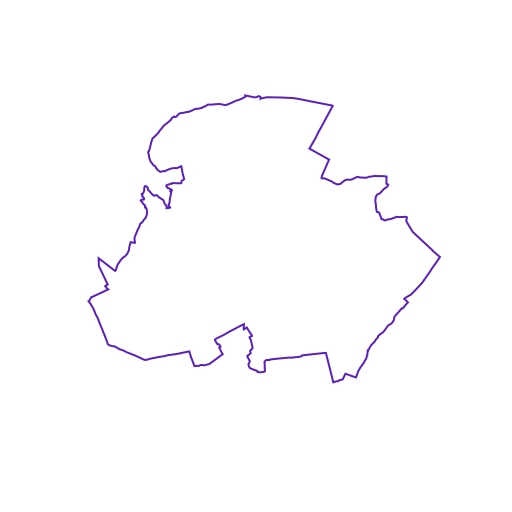 the district of Mihai Bravu, Tulcea, Romania, rotated 41°
{"feature_id": "2599482B59610234858680", "entity_name": "Mihai Bravu", "entity_type": "district", "adm_level": 2, "iso_a3": "ROU", "parent_name": "Romania", "parent_adm1": "Tulcea", "projection": "albers", "projection_center": [28.649, 44.954], "detail": "fine", "context": "isolated", "style": "outline", "palette": "violet", "viewbox_px": 512, "rotation_deg": 41, "n_neighbors": 0, "source": "geoboundaries", "source_scale": "gbopen_adm2", "svg_char_len": 6126}
<svg xmlns="http://www.w3.org/2000/svg" viewBox="0 0 512 512"><g transform="rotate(41 256 256)"><path d="M411.1,282.1L409.9,278.7L409.4,277.7L408.7,275.7L407.9,271.5L407.5,266.7L407.4,265.6L406.8,263.6L406.5,261.1L405.3,258.7L405.0,257.6L404.0,256.6L403.5,255.7L403.1,254.7L402.8,254.7L402.2,253.8L402.1,253.5L402.5,252.6L401.9,250.7L401.4,247.4L401.7,243.3L401.3,239.8L401.4,237.6L401.2,237.0L400.8,236.6L400.8,235.6L401.1,232.8L401.6,231.7L401.9,230.2L401.9,228.6L401.7,226.0L401.3,222.3L401.5,220.7L402.2,219.4L402.4,218.5L402.5,217.6L402.4,215.8L402.1,214.0L401.7,213.2L400.8,211.9L400.3,210.8L400.4,199.8L401.1,199.4L401.2,197.4L401.0,195.9L401.1,191.3L399.0,191.1L396.0,191.1L396.0,190.1L398.3,183.3L398.7,176.1L399.0,167.6L397.6,153.7L396.9,149.5L396.5,145.3L396.5,144.3L395.5,136.1L385.9,136.1L385.2,135.9L358.5,135.0L347.6,131.5L347.6,131.4L346.2,130.8L345.5,129.3L344.5,127.8L343.9,127.9L342.9,128.5L342.4,128.9L341.6,129.9L340.3,131.0L339.6,131.8L338.6,132.7L336.5,134.1L333.3,140.0L331.7,141.6L330.0,144.5L329.2,144.9L327.6,145.0L326.7,145.8L325.2,145.1L324.4,144.5L320.1,142.4L319.8,142.5L318.9,143.3L318.3,143.3L317.8,143.1L314.4,140.3L313.5,139.2L310.4,136.6L309.5,135.6L307.4,132.4L307.4,131.4L307.1,130.2L307.4,129.5L308.0,128.4L308.2,127.9L308.4,126.6L308.5,123.1L308.7,120.6L309.4,118.6L309.5,116.9L308.9,115.4L307.0,115.9L302.4,110.4L300.0,112.0L295.9,115.4L294.8,116.5L293.6,117.2L289.4,122.0L287.8,124.7L282.8,128.6L280.9,129.5L280.4,130.1L277.9,135.7L276.9,136.8L274.9,138.4L273.9,139.4L273.3,141.2L272.9,143.0L272.4,146.2L270.4,148.7L267.2,149.7L264.2,150.1L260.5,151.2L256.7,152.5L254.9,154.1L254.2,154.2L253.2,152.3L247.9,135.3L225.9,139.9L223.8,129.0L221.6,120.6L221.2,118.3L215.5,92.7L215.3,92.3L214.9,92.4L194.8,104.0L184.9,109.6L179.9,112.8L169.4,121.2L160.5,128.7L159.4,129.8L157.4,132.7L156.3,133.8L156.2,134.3L155.4,133.3L154.8,132.9L152.9,133.8L152.6,135.1L151.1,137.1L142.5,141.9L143.5,142.8L142.7,145.0L141.7,147.4L140.1,150.3L139.0,151.9L137.0,156.5L134.2,162.0L128.6,165.3L125.2,168.7L123.7,170.4L121.4,172.4L120.4,173.4L120.0,174.3L119.7,176.2L118.6,177.5L117.9,180.0L116.9,181.1L116.1,182.4L113.6,184.9L112.3,188.1L110.3,191.9L109.6,192.4L106.8,196.2L106.3,196.5L105.1,198.0L104.7,198.7L104.5,199.7L104.4,201.0L104.5,202.1L104.4,202.9L104.3,203.6L103.7,204.2L102.9,204.3L102.4,205.4L102.2,206.2L102.1,207.6L102.4,209.4L101.9,213.3L101.0,217.3L100.9,218.9L101.0,220.9L101.2,222.0L101.1,225.2L101.5,227.0L100.9,235.3L101.1,236.0L102.6,239.4L105.5,245.0L106.3,247.1L106.7,248.4L106.6,248.5L108.8,250.0L110.5,251.5L112.6,252.9L114.6,253.8L118.9,254.8L121.2,254.4L122.1,254.7L122.6,255.1L124.3,255.3L125.0,255.7L128.6,255.3L130.5,252.5L131.7,251.8L132.0,250.5L133.2,248.1L133.9,246.7L135.2,244.9L136.7,243.1L138.4,241.9L139.1,240.7L140.7,237.3L144.0,239.7L144.5,240.3L146.1,241.6L151.4,245.1L151.3,246.0L150.6,247.9L150.9,248.6L151.7,249.7L151.8,249.9L151.6,250.4L148.5,253.1L145.1,255.7L145.0,256.1L145.0,256.9L144.3,257.3L143.5,258.5L143.4,259.1L142.4,260.5L142.2,261.0L142.2,261.8L142.6,262.2L144.1,262.5L144.5,262.4L145.0,262.6L146.2,262.0L148.0,261.5L149.4,261.5L149.6,261.7L149.5,262.0L148.8,262.7L148.7,263.1L148.7,263.4L148.9,263.6L150.1,263.5L150.3,263.7L150.7,264.5L151.5,265.7L153.4,269.2L155.6,272.3L156.1,273.3L156.1,273.8L156.3,273.8L156.4,274.3L156.9,275.0L157.2,275.1L157.3,275.6L157.6,275.9L157.7,275.7L157.9,275.6L158.3,275.9L158.7,275.8L158.9,276.2L159.1,275.7L159.4,275.6L159.5,275.7L157.7,278.1L157.1,278.6L156.4,277.7L155.7,277.1L154.1,276.6L153.2,276.6L149.3,274.6L143.9,275.4L142.6,275.2L141.3,275.2L140.6,275.7L139.5,277.4L138.3,277.6L136.7,277.5L132.9,276.9L131.2,277.0L130.8,276.8L129.8,275.6L129.4,275.4L127.7,275.5L126.4,275.8L126.3,276.1L126.4,276.7L127.3,278.3L128.8,280.1L129.1,280.9L129.8,283.7L129.2,284.1L129.2,284.3L129.3,284.5L130.1,284.4L131.1,285.6L131.4,285.7L133.0,285.6L134.1,286.3L134.3,286.5L134.3,286.9L134.2,287.1L133.2,288.0L132.6,288.9L132.6,289.5L132.7,289.9L133.1,290.0L133.6,289.7L136.1,290.5L138.4,290.7L138.9,290.9L139.4,290.8L140.4,292.1L141.0,291.7L141.3,291.7L141.6,292.1L142.5,292.3L144.2,293.4L145.6,295.4L146.3,296.0L147.4,298.6L147.6,299.6L147.7,303.0L147.9,303.9L147.9,305.4L147.5,307.8L147.6,308.3L148.0,308.8L148.9,310.9L149.3,313.0L150.3,316.2L151.6,320.0L152.3,321.7L152.7,322.5L153.7,323.4L156.0,325.4L156.0,325.5L155.1,326.1L152.3,327.8L154.1,331.6L156.4,335.3L157.4,338.9L157.4,341.4L157.2,342.8L156.8,343.7L156.6,344.8L156.6,345.7L156.6,347.5L156.7,349.3L157.0,350.8L157.1,352.9L159.6,359.1L159.6,359.4L159.1,359.8L158.6,359.8L138.7,360.9L144.1,366.7L162.8,374.8L162.0,377.1L162.0,377.7L165.0,378.2L166.4,378.1L159.3,394.2L158.7,395.2L159.6,399.6L159.4,400.0L162.7,400.7L167.2,402.2L168.5,402.7L172.6,404.9L177.6,406.8L181.5,409.0L188.8,412.6L191.1,413.9L193.1,414.8L200.7,418.9L201.8,419.7L203.2,419.7L204.5,419.3L206.5,418.4L208.7,416.9L214.1,415.9L217.9,414.3L221.4,413.5L230.1,410.4L239.2,407.8L240.7,407.1L242.6,404.6L243.1,403.5L249.3,395.5L252.6,391.7L254.4,388.9L260.4,382.0L268.2,371.8L273.4,375.0L281.9,379.5L283.3,377.8L284.8,376.7L285.5,375.1L286.0,374.4L286.6,373.8L288.6,372.6L291.6,368.2L295.3,352.0L294.3,351.7L288.4,349.3L288.8,347.8L288.5,347.5L285.6,347.0L285.1,347.7L284.7,347.8L283.7,347.7L283.0,347.3L280.4,346.5L280.0,346.2L279.8,345.6L281.5,341.1L281.9,340.4L283.5,336.6L285.3,331.3L290.8,317.0L291.7,315.4L294.2,318.8L294.8,319.4L295.1,319.4L295.9,316.0L302.0,317.9L304.7,318.5L305.4,318.9L304.4,321.4L304.5,321.7L307.6,323.0L313.2,327.2L313.9,328.0L313.9,330.3L313.7,330.6L313.7,331.1L313.8,331.5L315.6,332.7L315.8,333.1L315.0,337.2L317.0,338.2L320.2,339.3L320.7,340.5L321.3,342.7L323.1,343.9L324.1,344.4L325.1,344.5L327.2,343.9L332.4,341.9L333.3,342.5L335.8,340.8L338.0,338.1L338.3,337.6L338.3,337.2L338.2,336.9L335.8,334.6L335.8,334.4L331.7,330.1L331.8,328.6L332.0,328.0L332.7,327.1L334.5,325.6L334.4,325.1L334.6,324.8L340.6,318.3L347.4,311.2L350.2,308.7L352.6,306.0L354.4,304.2L356.2,301.6L356.0,300.9L356.3,300.4L371.9,283.6L372.4,283.3L397.2,300.6L397.9,299.3L399.2,297.5L400.3,296.4L400.2,295.4L402.4,292.2L400.7,286.2L411.1,282.1Z" fill="none" stroke="#5b21b6" stroke-width="2"/></g></svg>